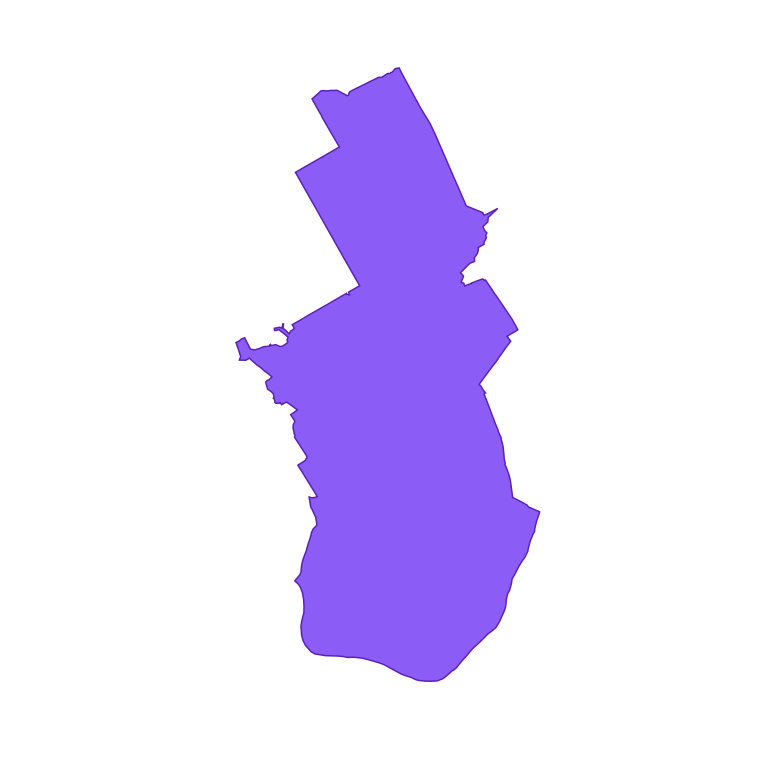 Seces pag., Jaunjelgavas, Latvia (Albers equal-area conic projection), rotated 158°
{"feature_id": "27541924B20656105866452", "entity_name": "Seces pag.", "entity_type": "district", "adm_level": 2, "iso_a3": "LVA", "parent_name": "Latvia", "parent_adm1": "Jaunjelgavas", "projection": "albers", "projection_center": [25.369, 56.527], "detail": "fine", "context": "isolated", "style": "filled", "palette": "violet", "viewbox_px": 768, "rotation_deg": 158, "n_neighbors": 0, "source": "geoboundaries", "source_scale": "gbopen_adm2", "svg_char_len": 6085}
<svg xmlns="http://www.w3.org/2000/svg" viewBox="0 0 768 768"><g transform="rotate(158 384 384)"><path d="M287.6,207.2L295.0,214.7L295.1,214.8L296.0,215.7L296.8,218.3L301.9,224.5L307.2,230.6L305.7,236.5L304.7,240.6L304.3,241.8L304.0,243.2L303.5,245.1L302.9,247.7L302.3,251.5L302.1,255.3L301.9,258.9L302.0,259.6L301.9,262.3L302.2,264.0L301.3,265.1L301.0,267.3L300.5,269.8L299.0,274.5L297.3,280.4L297.1,281.1L296.5,284.8L296.1,288.6L295.9,289.5L295.7,289.5L295.6,290.4L295.6,293.2L295.7,293.6L295.8,297.2L295.6,299.2L295.6,306.7L295.4,311.3L295.5,311.6L295.4,316.2L295.1,324.8L295.0,337.0L294.6,337.8L293.2,337.7L293.4,338.1L293.8,339.5L294.1,340.8L294.3,341.5L294.6,342.9L294.7,344.1L294.7,344.5L294.8,345.3L295.0,345.9L295.3,346.6L295.5,346.9L295.8,347.4L296.0,347.6L294.6,348.9L287.8,353.1L284.6,355.0L281.3,357.1L280.5,357.5L277.4,359.4L273.6,361.6L268.9,364.5L268.9,364.8L264.4,367.5L257.9,371.8L251.8,375.4L250.5,376.2L251.3,379.3L251.5,380.3L252.1,382.1L250.3,382.4L247.5,382.9L244.3,383.3L243.6,383.4L240.4,383.9L239.6,384.2L240.1,389.2L240.5,391.4L240.9,395.6L242.3,402.3L243.9,409.7L244.1,410.7L247.1,424.6L247.3,425.0L247.8,427.3L248.4,430.4L248.7,432.0L249.7,436.4L250.2,439.0L250.9,442.3L252.2,442.6L252.2,443.1L253.3,444.5L258.6,444.7L265.3,444.8L265.4,444.5L272.4,444.7L272.3,447.6L274.5,449.3L269.9,454.1L270.2,455.5L271.4,458.5L262.0,462.6L261.6,462.8L258.7,463.8L254.1,463.7L253.8,464.7L253.0,466.7L252.9,467.1L252.6,467.4L252.4,467.6L248.7,469.9L248.5,470.1L247.1,471.9L246.6,472.5L245.6,474.5L245.5,474.8L245.4,474.9L245.4,475.2L238.9,476.1L238.8,476.8L238.8,477.0L238.7,477.1L238.3,477.6L236.9,478.9L234.2,481.4L234.4,481.6L233.9,483.9L232.0,485.5L232.7,487.2L233.1,488.7L233.6,492.8L230.1,494.2L229.1,494.6L226.9,495.5L225.5,498.4L224.9,499.4L217.5,502.3L212.8,504.2L225.2,502.9L228.0,503.4L228.4,504.5L228.2,505.8L241.0,518.3L241.5,538.5L242.0,555.1L242.3,568.6L242.7,583.9L243.0,595.9L243.7,608.2L246.6,625.4L248.0,637.6L248.5,642.0L249.8,653.6L251.1,665.3L251.5,669.8L251.4,671.2L251.8,671.3L252.9,671.7L254.9,672.1L255.7,672.1L257.7,671.1L258.6,670.5L259.5,670.2L260.3,670.1L261.1,670.1L261.7,669.9L262.0,669.7L262.6,669.7L263.1,670.0L263.3,670.2L263.7,670.4L264.1,670.4L265.3,670.4L266.7,670.0L267.1,670.1L269.3,669.4L269.5,669.4L269.8,669.6L270.1,669.5L270.6,669.1L270.9,669.1L271.1,669.1L271.8,669.4L273.6,670.3L274.0,670.3L274.4,670.4L275.0,670.3L277.2,670.1L282.3,669.8L291.2,669.0L292.5,669.0L292.7,668.9L297.6,668.6L300.1,668.4L300.8,668.3L302.4,668.2L305.8,667.9L306.0,667.9L306.7,667.4L307.6,666.7L307.8,666.4L308.1,666.0L308.7,665.1L310.1,665.1L312.8,668.3L317.5,673.9L319.9,674.7L320.1,674.8L321.9,675.6L322.8,675.9L323.9,676.3L325.6,676.6L326.3,676.9L327.5,677.3L328.6,677.8L329.7,678.5L330.2,678.7L331.9,679.2L332.8,679.3L333.4,679.2L333.5,678.9L334.1,678.8L336.9,677.7L343.9,675.3L343.1,668.4L342.6,664.8L341.9,659.0L341.5,657.1L341.3,656.3L341.6,655.3L340.3,646.2L337.7,627.9L336.8,621.8L336.6,620.5L361.0,617.0L375.0,615.1L386.8,613.4L384.6,596.4L382.6,581.3L380.7,567.5L380.6,566.2L379.1,554.7L374.9,522.5L370.0,485.9L369.8,484.2L382.4,482.5L382.6,479.6L385.0,481.2L384.9,482.1L398.3,480.2L408.1,478.8L427.5,476.2L436.9,474.7L446.9,473.4L446.6,471.4L446.3,469.2L449.0,468.3L451.0,468.0L451.7,467.3L453.1,466.0L455.4,471.2L456.7,473.4L454.7,477.3L455.3,477.6L457.7,474.0L458.9,475.2L459.8,475.9L461.5,476.0L464.8,476.8L465.5,474.7L464.1,474.0L463.8,474.0L461.1,473.8L458.6,469.3L455.3,463.4L457.5,461.1L457.5,460.6L457.4,459.1L458.8,458.2L463.8,457.1L465.2,457.4L466.5,457.8L467.6,459.0L468.3,459.7L469.9,461.2L471.3,461.3L474.2,461.9L474.5,463.3L475.3,463.0L475.8,461.9L481.7,463.7L486.6,463.6L491.5,464.2L494.8,466.4L495.9,479.1L499.4,479.1L501.9,478.2L505.7,477.9L506.0,471.0L506.6,463.1L508.1,461.5L509.1,460.3L503.7,458.0L503.6,457.8L499.1,458.3L497.0,453.8L495.0,449.8L492.1,445.2L491.4,443.9L489.7,440.3L488.8,439.2L487.4,436.7L485.3,432.7L489.4,430.8L489.6,430.7L490.3,431.1L490.5,431.1L492.3,430.4L493.0,430.1L493.5,426.4L493.8,422.9L493.8,422.7L491.3,419.0L490.3,416.4L490.6,414.7L490.7,413.6L491.9,412.3L491.3,411.6L491.6,410.7L491.3,409.4L492.2,407.9L491.5,406.7L490.6,406.3L489.6,406.0L488.4,405.4L487.2,405.7L486.7,403.2L481.2,403.8L479.1,400.7L477.3,397.9L477.1,397.5L476.6,396.6L473.9,392.4L482.0,390.5L480.8,384.1L480.6,382.9L483.5,380.0L484.9,377.1L485.2,374.5L485.9,371.3L485.7,369.8L486.9,368.2L486.7,367.0L486.3,364.9L483.7,351.9L482.6,345.7L482.7,345.4L482.8,344.9L482.9,344.6L483.2,344.4L483.6,344.2L483.9,344.0L484.6,343.6L485.6,342.6L494.3,341.0L492.5,331.1L490.2,317.4L488.7,308.7L488.1,304.5L489.8,304.7L491.3,304.9L492.3,305.1L493.3,305.5L494.1,305.8L494.9,306.6L495.3,307.0L495.7,307.3L496.4,304.8L496.7,303.2L496.9,302.4L497.0,301.9L497.0,301.4L497.2,300.5L497.4,300.5L498.0,296.6L497.8,295.4L497.6,294.8L497.5,290.2L497.2,286.2L498.8,279.2L499.4,278.1L504.0,276.1L505.8,274.4L506.9,273.4L508.3,271.3L510.7,268.1L511.8,267.0L512.9,265.6L514.0,264.5L515.5,262.4L516.4,261.4L518.4,258.6L520.6,256.3L524.1,252.5L525.8,250.4L527.1,248.5L527.4,248.1L528.2,247.0L529.7,244.1L530.7,242.1L530.9,241.8L530.9,241.3L533.1,238.9L540.5,234.8L538.6,231.0L537.7,227.1L537.8,221.2L539.3,214.2L541.6,207.4L544.0,201.9L548.8,195.4L551.7,190.6L554.4,182.3L555.2,176.8L554.7,171.1L553.4,167.4L552.1,163.4L549.1,159.5L539.7,153.9L529.4,149.4L523.9,146.6L520.3,144.2L514.3,141.9L513.3,141.4L507.1,138.1L502.5,134.8L493.9,128.1L490.7,125.3L488.8,123.4L485.6,119.5L476.3,108.2L473.0,105.3L468.7,101.8L466.8,99.6L465.0,97.8L462.6,96.0L456.6,92.8L451.5,90.7L445.9,88.8L440.1,88.7L437.0,89.5L430.8,91.5L428.4,92.6L426.9,92.6L423.3,93.7L419.2,96.1L414.0,98.8L410.9,100.2L401.3,105.3L399.1,106.2L395.6,107.4L390.2,109.5L384.4,112.1L381.4,113.3L375.6,114.9L371.5,116.3L367.5,119.2L365.7,120.7L358.1,127.9L355.1,131.4L353.1,134.7L351.6,137.9L348.0,143.1L345.0,145.5L340.8,151.0L338.1,155.4L334.3,158.3L327.3,164.4L322.1,168.2L318.2,170.7L315.3,173.3L313.5,174.8L312.0,177.2L309.5,180.6L306.9,184.1L304.8,186.1L302.8,188.3L299.6,190.9L298.2,193.7L293.7,200.0L288.4,205.9L287.6,207.2Z" fill="#8b5cf6" stroke="#5b21b6" stroke-width="1.5"/></g></svg>